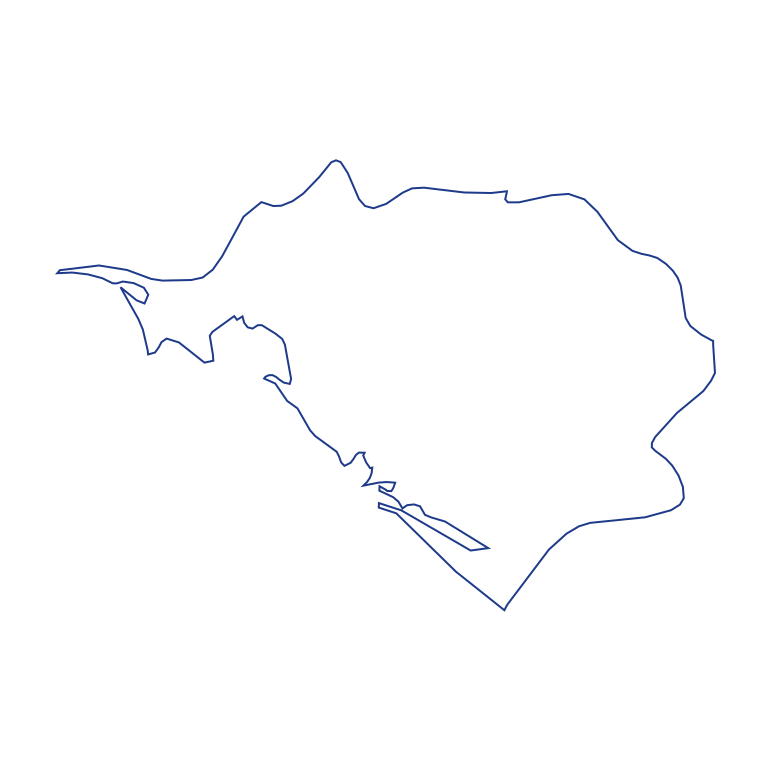 map outline of Thừa Thiên - Huế (Albers equal-area conic projection), rotated 182°
{"feature_id": "VNM-490", "entity_name": "Thừa Thiên - Huế", "entity_type": "Province", "adm_level": 1, "iso_a3": "VNM", "parent_name": "Vietnam", "parent_adm1": "", "projection": "albers", "projection_center": [107.633, 16.382], "detail": "fine", "context": "isolated", "style": "outline", "palette": "blue", "viewbox_px": 768, "rotation_deg": 182, "n_neighbors": 0, "source": "natural_earth", "source_scale": "10m", "svg_char_len": 2231}
<svg xmlns="http://www.w3.org/2000/svg" viewBox="0 0 768 768"><g transform="rotate(182 384 384)"><path d="M95.8,502.6L94.3,500.6L90.9,492.8L84.8,460.5L79.9,452.7L68.8,444.5L58.1,439.1L56.6,438.6L56.6,438.4L56.4,434.5L53.6,406.6L57.3,398.6L64.6,388.1L90.2,365.3L111.2,340.4L114.2,334.3L114.1,330.0L110.7,326.8L99.6,319.0L93.1,312.5L86.5,302.9L81.7,291.6L80.4,280.4L84.0,273.8L92.7,267.9L118.4,259.9L173.2,252.4L184.2,248.6L196.5,240.7L213.4,224.3L253.2,167.6L255.8,162.1L305.5,198.9L367.2,255.2L384.9,260.3L384.9,264.8L362.2,258.3L291.6,220.6L274.1,223.6L318.2,248.7L332.2,252.3L338.5,254.7L343.7,263.0L349.8,264.7L356.6,263.7L361.2,260.3L365.4,266.8L370.9,271.2L384.9,277.2L384.9,281.7L378.7,278.5L377.0,277.2L373.0,277.2L371.7,279.2L370.8,281.2L369.4,285.8L377.9,286.1L385.8,285.3L401.0,281.7L397.5,285.5L394.9,289.6L393.3,294.3L392.8,300.0L394.9,299.4L399.1,305.0L402.3,311.8L401.0,314.6L406.6,314.6L409.6,312.1L411.7,308.3L414.6,304.1L420.7,300.8L424.1,304.2L426.5,310.2L428.9,314.6L451.0,329.6L456.3,335.2L469.6,356.6L480.2,363.7L492.7,380.7L504.0,385.3L502.7,387.1L499.6,388.7L495.8,389.0L492.1,387.3L488.4,384.5L484.2,381.9L478.2,380.8L477.0,385.7L484.4,419.8L487.3,425.5L494.2,430.5L508.1,438.5L512.1,438.4L517.3,434.8L522.2,435.9L525.9,440.3L527.8,446.6L533.1,443.0L536.1,446.6L557.3,430.1L559.8,426.1L556.0,407.2L555.4,401.3L564.2,399.1L590.4,418.4L602.9,421.8L607.8,418.1L610.5,412.6L613.9,407.5L620.8,405.3L621.3,409.2L626.9,430.0L631.7,440.3L650.7,471.5L634.2,459.0L626.1,456.1L622.7,465.0L627.3,471.8L637.7,476.1L648.5,477.3L654.7,475.2L658.7,475.2L669.2,479.9L683.6,483.2L699.5,484.5L714.4,483.3L711.9,486.4L711.4,486.5L673.0,492.5L644.8,489.0L620.3,480.9L609.0,479.6L580.2,481.2L568.9,484.1L559.1,492.3L550.2,506.0L530.1,546.4L512.9,561.5L500.8,558.0L492.9,558.6L481.8,563.5L471.3,571.5L455.9,588.6L444.5,603.7L439.8,605.9L435.0,604.2L427.6,593.6L415.4,567.8L409.1,561.2L400.6,559.3L388.1,564.1L371.8,576.0L362.8,580.5L350.8,581.6L310.5,578.2L283.6,578.6L267.9,580.9L268.0,579.7L269.3,572.8L266.6,569.9L255.3,570.3L223.1,578.5L206.2,580.4L190.1,575.5L176.7,563.5L155.3,535.9L140.3,525.7L131.2,523.1L123.1,521.7L115.3,519.5L106.4,513.9L99.3,507.3L95.8,502.6Z" fill="none" stroke="#1e3a8a" stroke-width="2"/></g></svg>